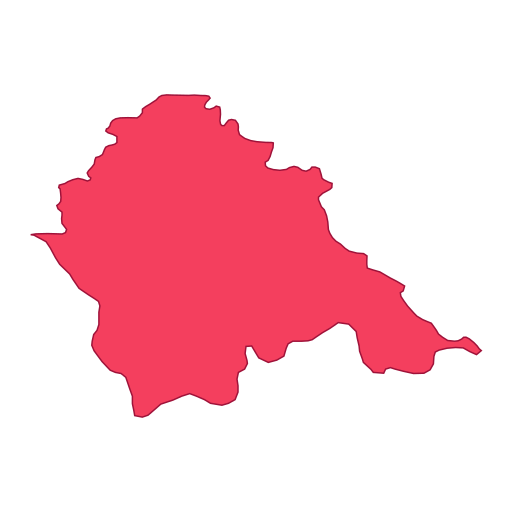 Naroulia, Gomel, Belarus (Robinson projection)
{"feature_id": "67162791B29889808776469", "entity_name": "Naroulia", "entity_type": "district", "adm_level": 2, "iso_a3": "BLR", "parent_name": "Belarus", "parent_adm1": "Gomel", "projection": "robinson", "projection_center": [29.526, 51.623], "detail": "fine", "context": "isolated", "style": "filled", "palette": "rose", "viewbox_px": 512, "rotation_deg": 0, "n_neighbors": 0, "source": "geoboundaries", "source_scale": "gbopen_adm2", "svg_char_len": 3507}
<svg xmlns="http://www.w3.org/2000/svg" viewBox="0 0 512 512"><path d="M273.2,142.8L271.3,142.5L265.8,142.4L261.8,142.1L256.8,141.7L250.7,140.6L244.9,138.5L241.7,136.3L239.5,134.6L238.2,130.2L238.4,126.9L238.0,124.0L235.4,120.3L231.5,119.5L228.6,120.2L226.4,122.8L224.3,125.6L221.9,125.6L220.6,124.3L219.9,120.8L220.5,114.3L220.3,109.9L219.7,107.1L216.2,106.1L213.9,107.8L209.7,109.3L206.0,108.7L204.5,107.2L204.8,104.9L206.4,102.1L208.5,100.0L210.1,98.1L208.8,96.2L205.7,95.6L200.9,95.5L194.2,95.1L188.4,95.4L178.7,95.2L172.7,95.1L166.7,94.9L161.8,95.5L159.0,97.0L156.2,100.0L152.8,102.2L149.8,104.2L145.7,106.6L142.5,109.0L142.4,109.2L142.4,112.7L139.7,116.1L137.1,117.9L127.9,117.7L120.2,117.9L115.7,118.8L112.6,120.6L110.7,123.1L109.9,126.0L108.0,128.3L106.5,128.9L105.8,131.0L108.1,132.8L112.9,134.4L116.9,136.5L116.9,140.5L116.9,142.6L114.8,144.2L111.6,145.1L108.9,145.6L105.7,147.2L104.5,149.5L103.0,153.3L102.4,154.6L99.2,156.6L95.9,157.5L95.0,159.7L94.2,164.1L91.9,167.1L88.5,170.8L87.2,173.0L88.7,176.3L90.8,177.9L90.2,179.9L87.4,181.0L82.8,179.4L78.0,178.4L72.8,179.7L67.9,181.7L65.0,183.5L59.3,185.1L58.7,187.6L60.1,188.9L60.6,192.9L61.0,197.5L60.7,201.4L58.9,203.9L56.8,205.5L58.0,208.8L62.0,212.1L62.0,215.2L61.6,218.7L62.0,223.4L64.3,226.4L66.6,229.4L65.5,232.6L62.2,234.0L55.2,233.8L47.7,233.6L35.9,233.9L30.7,234.7L33.8,235.1L40.0,238.4L46.1,241.7L50.3,248.0L55.5,257.7L59.7,264.3L69.7,274.0L73.0,279.5L79.1,288.4L88.5,294.8L93.7,298.1L98.5,301.4L99.9,305.9L98.9,312.2L98.9,317.4L98.9,324.5L97.0,330.4L93.7,334.5L92.2,341.2L91.8,345.3L94.1,350.8L102.1,361.6L110.2,370.2L115.4,372.4L121.1,373.5L125.8,377.3L127.7,382.8L129.6,388.4L132.4,396.2L132.4,403.7L133.8,410.4L134.7,415.6L142.3,417.1L148.0,415.2L152.3,411.5L160.8,404.1L173.1,400.0L181.6,396.2L189.7,393.6L195.8,395.9L204.4,399.6L210.5,403.3L221.9,405.2L228.5,403.3L235.1,399.6L238.0,392.1L238.0,385.8L237.0,379.1L238.4,372.4L244.6,369.1L247.4,363.5L247.0,360.5L245.1,353.5L246.0,346.4L251.7,346.0L255.9,353.1L258.8,357.9L268.3,362.4L276.8,360.1L283.9,356.1L286.2,348.2L288.1,343.8L292.8,341.2L301.4,341.2L308.0,340.8L312.2,339.7L316.5,336.7L322.6,332.6L329.7,328.5L338.2,322.6L348.7,324.1L356.2,331.5L357.2,337.8L359.1,346.0L359.6,351.2L362.4,359.0L363.4,362.4L371.0,369.4L373.3,372.4L383.7,373.2L385.6,369.1L390.4,367.6L395.1,369.1L403.6,371.3L413.6,373.5L424.0,373.2L430.1,369.8L433.4,363.9L433.9,356.4L435.3,352.0L439.1,350.1L447.1,348.2L455.6,347.5L463.2,347.9L469.8,351.6L476.5,354.6L479.3,352.3L481.3,350.6L479.2,348.8L477.1,345.9L473.8,342.5L469.2,338.8L466.0,337.2L463.6,337.3L461.6,339.1L458.1,340.8L454.6,341.2L447.7,340.5L442.6,337.3L438.5,334.1L436.4,330.4L434.4,327.5L431.3,323.2L426.8,321.4L422.6,319.6L416.8,316.1L413.9,313.1L407.6,306.1L403.7,300.7L400.9,296.4L400.3,292.7L403.2,290.9L404.6,286.0L400.8,283.7L396.5,281.2L389.9,277.8L384.1,274.4L379.8,271.9L372.8,269.9L367.3,268.1L366.8,264.5L366.8,260.8L367.0,255.9L363.6,253.6L356.9,253.1L349.1,251.1L345.1,248.4L340.5,244.1L335.9,241.2L332.4,237.6L329.8,233.3L328.4,229.6L327.8,222.0L326.6,215.9L324.3,209.8L321.4,206.8L318.5,199.8L318.5,197.1L322.6,193.3L326.3,191.3L329.8,189.4L331.8,187.6L332.1,183.4L328.6,182.2L323.7,179.7L322.0,178.2L321.1,174.3L319.4,168.7L315.3,167.1L311.9,167.1L310.1,169.4L306.1,171.2L302.1,170.3L297.8,167.3L294.0,166.4L289.4,167.6L286.5,169.4L279.9,170.3L273.3,169.6L267.8,168.0L265.5,165.8L265.2,162.2L268.1,160.4L270.1,156.5L271.5,151.8L273.0,147.7L273.3,143.0L273.2,142.8Z" fill="#f43f5e" stroke="#9f1239" stroke-width="1.5"/></svg>